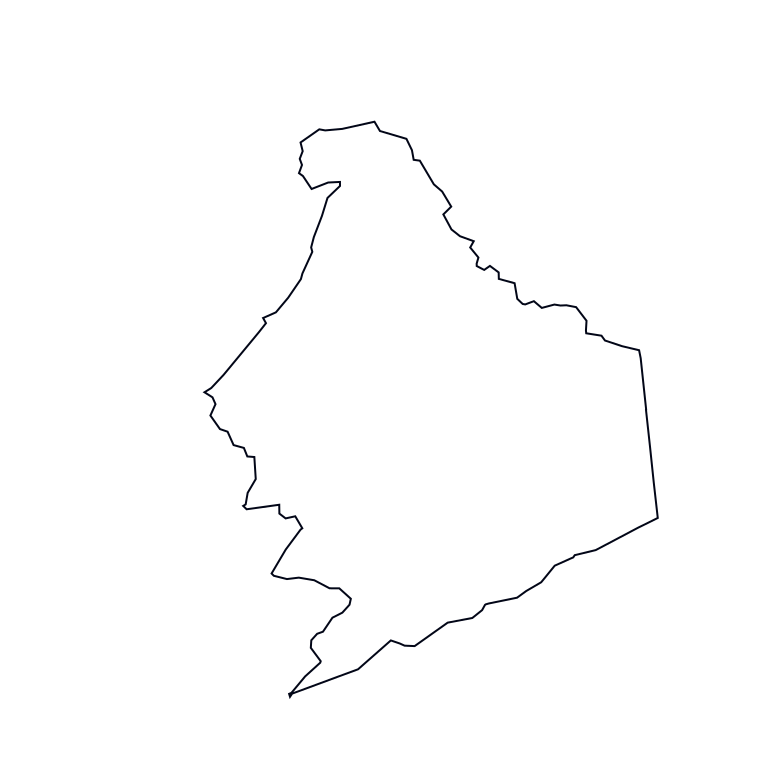 Toa Alta, Puerto Rico, rotated 60°
{"feature_id": "32010507B81379947560815", "entity_name": "Toa Alta", "entity_type": "district", "adm_level": 2, "iso_a3": "PRI", "parent_name": "Puerto Rico", "parent_adm1": "", "projection": "equal_earth", "projection_center": [-66.251, 18.359], "detail": "fine", "context": "isolated", "style": "outline", "palette": "ink", "viewbox_px": 768, "rotation_deg": 60, "n_neighbors": 0, "source": "geoboundaries", "source_scale": "gbopen_adm2", "svg_char_len": 1845}
<svg xmlns="http://www.w3.org/2000/svg" viewBox="0 0 768 768"><g transform="rotate(60 384 384)"><path d="M195.5,242.9L182.9,242.0L162.9,261.0L152.1,261.1L142.2,292.6L135.0,308.1L131.1,312.7L133.1,335.5L141.7,338.0L146.9,344.4L153.3,345.5L158.9,352.2L163.4,350.2L178.9,349.2L181.6,331.6L187.0,321.1L190.5,323.1L194.6,339.9L207.4,353.7L221.7,371.3L229.3,378.8L233.7,380.0L247.5,399.4L251.6,403.5L261.4,423.9L267.9,441.8L266.4,455.7L272.3,455.8L276.6,466.5L295.9,518.4L301.1,535.6L301.4,543.6L309.8,539.2L317.2,540.0L324.5,550.1L341.0,548.6L347.1,543.3L361.7,544.8L369.3,537.3L378.4,538.6L382.4,532.8L402.2,542.6L410.1,556.5L419.1,564.0L419.2,566.9L423.8,565.6L436.2,535.1L443.9,539.4L451.2,536.4L454.2,527.0L468.1,526.9L468.4,529.1L478.2,551.8L491.9,576.1L495.0,575.3L504.4,565.6L509.1,554.6L519.1,542.5L533.7,533.3L538.6,524.9L553.4,520.1L557.9,524.2L561.2,534.4L560.6,545.5L568.0,560.7L566.9,566.8L569.6,575.1L575.9,579.3L592.4,577.4L593.5,578.6L597.8,598.5L605.2,618.6L604.9,621.1L607.9,621.8L606.2,618.4L614.3,571.1L618.1,549.1L616.7,542.2L609.5,506.3L616.6,500.1L620.9,497.0L626.3,488.5L622.5,448.2L630.8,424.5L628.9,412.1L625.8,407.0L625.7,406.1L626.5,402.9L635.6,375.6L634.4,364.5L634.3,347.0L632.2,341.4L626.7,327.0L628.4,310.2L628.8,306.8L627.6,304.4L633.7,283.7L635.5,235.6L635.7,232.7L636.9,213.9L604.1,199.6L570.9,184.8L537.3,170.0L537.3,169.8L490.0,148.8L482.3,146.2L470.2,159.0L456.8,170.9L450.9,171.5L441.2,183.5L438.7,182.4L430.5,177.0L413.5,179.2L407.0,186.7L404.3,191.9L400.4,196.7L397.0,209.3L387.2,212.8L385.7,221.9L384.0,223.9L376.9,226.0L362.0,220.5L350.4,232.0L344.7,228.9L334.7,233.2L335.3,240.2L328.2,244.7L326.1,243.6L321.7,239.0L308.9,241.1L305.2,234.9L294.0,244.3L283.9,248.3L266.8,247.8L264.0,237.1L246.4,237.4L236.0,241.0L208.5,241.3L204.7,246.2L195.5,242.9Z" fill="none" stroke="#020617" stroke-width="2"/></g></svg>